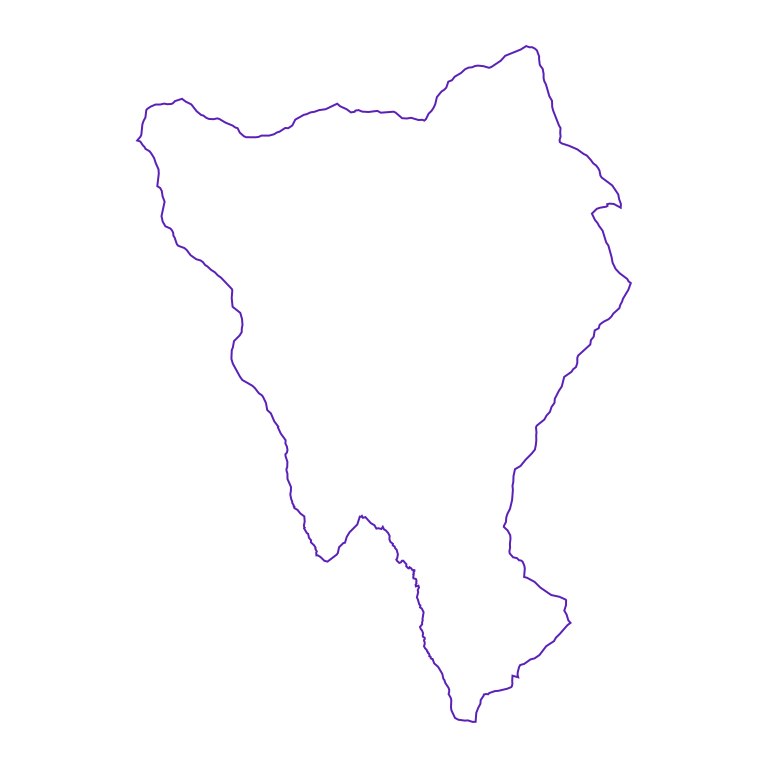 Grinties, Neamt, Romania (orthographic projection)
{"feature_id": "2599482B9403430528058", "entity_name": "Grinties", "entity_type": "district", "adm_level": 2, "iso_a3": "ROU", "parent_name": "Romania", "parent_adm1": "Neamt", "projection": "orthographic", "projection_center": [25.842, 47.011], "detail": "fine", "context": "isolated", "style": "outline", "palette": "violet", "viewbox_px": 768, "rotation_deg": 0, "n_neighbors": 0, "source": "geoboundaries", "source_scale": "gbopen_adm2", "svg_char_len": 6092}
<svg xmlns="http://www.w3.org/2000/svg" viewBox="0 0 768 768"><path d="M570.5,622.9L568.3,620.3L566.6,614.6L564.3,610.6L566.0,605.2L566.1,600.2L565.7,599.6L559.5,596.8L551.2,595.0L540.4,587.6L534.6,581.9L527.1,577.8L524.1,577.0L524.8,568.3L524.2,565.3L522.6,561.7L521.3,560.6L519.0,560.2L516.9,558.1L513.1,557.3L509.7,553.4L509.4,551.1L510.1,547.8L509.9,543.9L510.5,538.6L510.2,535.2L507.6,530.4L503.8,526.9L504.1,525.5L505.9,522.1L506.3,517.3L507.4,513.9L510.0,508.8L512.1,500.0L512.9,489.8L512.5,485.8L513.3,482.0L513.5,476.1L515.0,469.2L520.5,466.0L525.7,459.6L531.6,453.7L534.9,449.6L535.8,445.2L536.3,440.6L536.2,434.7L536.5,432.8L536.0,427.3L536.8,425.6L544.4,419.5L546.5,415.6L549.9,411.9L551.5,407.0L554.5,402.8L554.8,398.8L558.9,390.8L561.8,386.4L564.2,376.9L571.6,371.7L573.1,369.3L576.0,367.0L577.3,363.0L577.3,357.8L578.2,355.5L590.3,344.5L590.9,340.2L593.7,336.7L594.7,330.4L598.7,328.3L599.6,324.9L600.5,324.0L603.8,321.6L608.6,319.2L611.3,316.7L613.3,313.6L619.4,308.1L620.4,304.6L622.0,301.8L623.0,298.7L628.3,289.9L630.8,283.1L628.5,281.3L627.3,279.0L619.6,273.2L615.6,268.9L612.6,262.7L611.6,257.2L608.4,245.6L606.2,242.4L602.6,230.7L599.1,226.0L597.5,223.0L595.0,220.0L591.9,213.6L596.8,208.8L600.1,207.7L606.1,206.7L607.5,206.0L607.2,204.2L609.6,203.6L613.9,204.0L620.7,207.7L620.9,203.9L619.2,199.4L618.2,194.3L612.2,185.4L601.6,177.5L600.4,175.5L599.5,170.7L598.2,168.2L596.3,165.7L593.0,163.1L591.0,160.2L586.7,155.4L583.7,154.0L577.4,149.4L569.1,145.8L561.7,143.4L559.8,142.0L559.6,139.9L560.6,136.5L560.2,133.1L560.5,128.0L558.9,125.3L553.1,110.4L552.2,106.9L552.0,100.8L549.3,96.1L546.0,84.6L544.3,81.2L543.6,78.2L543.6,73.9L542.7,68.9L540.3,65.7L539.7,64.3L539.0,58.2L539.2,56.6L536.9,50.4L534.9,48.6L532.1,47.2L529.7,47.3L526.1,46.1L520.8,49.5L505.2,55.8L500.9,60.6L491.5,66.9L489.1,67.8L483.6,66.2L477.9,65.6L475.0,66.0L472.1,67.3L468.5,67.6L465.0,69.3L461.0,73.0L454.7,76.7L452.0,80.2L448.3,81.7L446.3,87.6L444.4,89.6L441.4,91.6L436.9,97.1L435.3,104.0L433.7,107.6L431.5,110.9L428.6,113.7L425.9,119.2L424.3,120.6L422.4,119.8L418.5,120.0L411.1,117.8L406.9,118.5L402.1,118.2L395.6,112.6L393.6,111.7L380.8,112.7L377.4,110.9L368.4,112.0L362.2,111.6L358.5,110.1L355.4,110.6L354.6,111.8L350.9,112.4L346.6,109.2L340.2,106.3L337.2,103.7L325.7,109.2L319.2,110.1L314.4,111.8L310.5,112.4L306.6,114.2L303.9,114.8L295.3,119.6L292.3,125.5L288.2,128.2L285.2,128.0L279.3,131.8L277.3,132.3L273.9,134.3L269.1,135.6L261.5,135.6L258.6,136.9L255.6,137.3L246.0,137.2L243.7,136.1L239.8,132.6L237.6,128.2L235.1,127.4L232.7,125.6L225.6,122.7L219.2,118.9L217.2,118.4L213.5,119.2L208.8,118.9L206.2,117.8L203.3,115.5L201.3,115.1L196.6,111.2L191.3,104.4L185.7,101.6L182.0,98.8L175.0,101.1L172.8,103.3L171.2,104.0L167.1,104.2L164.2,103.6L160.3,104.5L155.6,104.5L150.7,106.6L147.4,108.8L146.3,110.1L145.4,117.5L143.7,120.6L142.4,124.3L141.3,134.9L140.5,136.6L137.2,140.5L140.3,141.5L142.7,145.1L144.7,147.2L145.4,148.8L149.5,151.2L151.1,153.2L154.1,158.0L155.7,163.0L158.5,169.3L158.8,173.5L157.3,186.2L160.2,188.0L161.8,191.1L162.6,196.4L164.6,201.7L161.5,216.2L162.7,221.6L165.4,226.3L170.4,228.5L172.0,230.4L173.2,232.8L173.4,235.7L174.6,237.5L176.9,244.3L178.3,245.8L184.3,248.0L186.7,250.0L190.6,255.2L196.2,259.2L200.7,260.5L203.0,262.2L205.1,265.0L207.4,266.4L211.1,269.9L214.9,272.3L217.8,275.4L221.0,277.6L231.9,289.1L232.3,290.4L231.7,298.0L232.6,306.8L240.3,312.9L242.0,318.9L242.5,324.9L241.8,328.4L241.7,332.1L239.6,335.5L234.0,341.1L232.8,347.8L231.8,349.9L231.4,358.8L232.8,363.6L239.8,376.4L242.3,380.0L252.3,385.7L254.9,388.1L258.8,393.2L261.9,395.3L263.1,397.0L266.0,403.1L267.2,410.0L270.9,413.4L274.3,421.4L278.3,426.7L277.9,427.4L280.8,433.6L285.6,440.2L285.4,443.4L286.9,446.6L287.5,450.0L286.9,452.6L285.4,454.3L285.5,456.0L287.4,461.8L287.2,467.3L286.5,468.7L286.5,470.7L287.4,473.5L287.5,479.0L291.0,487.0L290.9,490.7L290.3,494.4L291.2,499.1L292.3,501.7L292.2,502.8L293.6,505.1L293.6,506.1L294.4,506.7L294.1,507.4L294.4,508.1L297.4,509.8L300.4,513.5L304.3,516.4L304.7,521.5L303.9,525.5L304.2,527.2L304.7,527.7L304.1,528.4L306.8,533.0L308.1,533.8L309.0,537.8L311.0,540.2L310.9,542.3L314.1,545.3L315.6,547.8L315.3,548.8L316.8,551.5L316.2,552.7L316.4,555.4L317.6,555.3L320.4,556.9L324.4,560.8L327.5,561.6L336.6,554.7L337.8,553.1L339.1,547.2L343.3,543.1L345.0,542.7L346.7,537.0L349.5,532.3L357.3,524.5L359.8,516.6L361.0,516.8L361.9,515.9L362.9,517.8L365.4,517.1L370.8,523.1L374.4,525.2L376.4,528.6L378.2,528.2L381.4,529.0L382.8,526.8L384.1,529.5L385.7,530.3L388.2,533.1L389.6,535.9L389.4,539.2L390.4,541.9L392.9,543.8L392.7,545.3L394.7,546.6L395.0,548.0L396.7,549.9L397.9,554.4L397.1,558.6L396.3,559.6L397.1,560.9L399.3,562.9L401.0,562.3L401.9,560.8L403.2,560.7L406.4,564.3L406.2,566.2L408.2,568.2L408.9,568.4L409.6,567.2L411.3,568.4L412.1,569.8L414.4,570.2L414.4,571.2L413.5,571.9L413.9,573.7L413.2,574.4L413.6,575.1L413.2,577.5L413.5,578.4L415.8,578.9L416.5,580.4L416.2,582.2L416.5,583.3L415.6,584.7L415.9,586.4L418.4,585.7L419.0,587.3L417.7,590.2L418.2,592.1L416.9,597.4L417.8,599.3L419.3,604.5L420.4,605.4L420.0,607.4L421.8,608.5L423.6,612.2L422.5,619.0L422.7,620.4L422.1,622.3L422.1,624.4L420.0,626.9L420.8,629.1L422.0,630.4L423.1,633.3L422.7,635.9L423.1,636.9L424.7,637.7L424.7,639.2L424.2,639.7L424.0,640.8L424.7,642.2L424.7,644.0L424.0,646.2L425.1,648.4L426.6,649.7L427.0,651.1L427.7,651.6L427.8,652.8L428.9,653.5L429.6,655.5L429.3,656.1L430.7,657.0L430.7,658.0L431.5,658.9L432.6,659.0L434.2,663.4L438.1,666.8L442.3,673.9L443.3,678.6L444.4,680.1L445.4,683.1L448.5,687.7L449.2,689.8L449.2,691.9L448.6,694.0L450.8,698.0L451.3,700.1L451.0,707.1L451.4,710.3L455.0,717.9L458.3,719.7L464.7,720.6L467.9,720.4L472.6,721.9L475.6,721.8L476.3,712.8L478.2,707.9L480.4,703.8L480.7,700.1L483.6,695.7L483.9,694.5L486.2,694.0L488.1,694.3L489.3,693.0L494.9,691.1L498.5,690.8L507.3,688.7L511.3,687.1L511.9,686.2L512.4,683.9L512.2,680.8L512.5,675.7L518.2,677.3L517.5,674.6L517.9,671.5L519.1,667.0L520.2,665.0L524.2,663.9L530.5,659.4L534.5,658.4L539.5,655.0L546.2,646.2L554.0,641.1L555.9,637.7L559.7,634.0L567.5,625.1L570.5,622.9Z" fill="none" stroke="#5b21b6" stroke-width="2"/></svg>